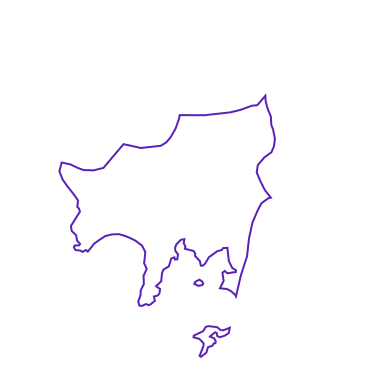 the district of Unryul, Hwanghae-namdo, North Korea, rotated 220°
{"feature_id": "82179303B17598108149664", "entity_name": "Unryul", "entity_type": "district", "adm_level": 2, "iso_a3": "PRK", "parent_name": "North Korea", "parent_adm1": "Hwanghae-namdo", "projection": "albers", "projection_center": [125.137, 38.511], "detail": "fine", "context": "isolated", "style": "outline", "palette": "violet", "viewbox_px": 384, "rotation_deg": 220, "n_neighbors": 0, "source": "geoboundaries", "source_scale": "gbopen_adm2", "svg_char_len": 2283}
<svg xmlns="http://www.w3.org/2000/svg" viewBox="0 0 384 384"><g transform="rotate(220 192 192)"><path d="M267.3,188.8L275.1,184.7L275.2,180.5L275.3,168.1L275.3,161.9L275.3,153.6L281.3,145.3L289.2,139.1L295.0,137.0L302.9,135.0L310.8,130.8L306.9,122.6L299.1,118.4L291.3,116.3L281.5,114.3L273.7,112.2L270.4,106.9L268.0,106.7L265.2,104.9L262.9,88.1L259.1,84.8L252.9,84.4L248.8,80.9L244.4,80.3L244.1,78.7L247.5,75.6L247.0,73.8L244.0,72.6L240.0,75.3L237.3,75.8L236.0,79.4L233.5,79.4L233.6,85.3L233.8,89.2L232.1,96.0L230.1,102.5L226.1,108.0L221.1,112.6L216.1,114.9L210.5,116.8L203.8,118.4L195.8,118.8L189.4,116.2L184.9,109.8L183.1,106.8L177.3,104.0L175.2,96.6L169.7,90.5L168.1,83.8L165.0,79.7L162.8,73.6L159.3,71.1L157.0,72.8L155.2,76.6L153.5,77.1L152.7,77.3L151.5,79.2L150.5,84.8L154.0,87.5L151.8,90.5L151.6,93.0L154.0,97.1L159.0,96.8L158.2,103.8L162.8,110.6L164.0,114.2L161.9,120.1L165.1,127.6L163.5,130.6L161.6,129.3L160.0,131.0L162.7,135.3L166.7,136.1L169.0,138.2L170.3,141.6L169.8,148.3L167.5,150.9L165.3,147.3L162.1,146.2L161.0,143.9L153.0,147.8L150.0,146.9L148.3,144.9L141.7,144.2L137.9,141.3L136.4,142.4L135.9,145.4L137.1,153.0L134.6,162.8L131.9,166.8L132.1,169.1L129.0,172.0L119.4,162.8L112.4,159.7L108.0,160.3L107.0,158.9L112.6,152.5L116.2,152.5L116.8,149.7L110.6,144.2L108.7,136.2L103.0,140.1L101.2,140.5L98.7,141.1L93.0,141.0L91.2,140.3L100.9,159.4L108.5,178.1L118.2,192.6L125.9,207.1L129.7,219.6L131.6,227.9L129.6,236.1L127.9,238.3L137.4,240.3L147.2,244.5L155.0,248.6L158.9,254.9L158.8,265.2L156.7,273.5L158.6,279.7L162.5,285.9L170.3,292.2L174.2,294.2L180.1,300.5L187.9,304.6L193.8,308.8L197.7,312.9L197.7,308.8L197.8,300.5L201.7,296.4L207.7,286.0L213.7,277.8L221.6,269.5L231.5,259.1L250.9,242.9L249.3,240.5L245.4,230.2L243.5,219.8L243.6,213.6L245.6,207.4L251.5,201.2L259.4,192.9L267.3,188.8ZM86.0,83.6L85.3,82.8L84.3,81.6L80.8,71.3L79.2,71.5L77.7,78.1L80.0,83.3L77.5,87.6L78.0,89.8L76.9,91.3L77.9,92.9L81.0,94.2L85.3,92.7L85.3,93.4L84.1,99.4L82.5,99.9L80.1,97.9L77.3,98.6L74.5,103.1L73.2,107.5L75.8,112.3L79.1,106.2L81.5,104.6L85.3,104.6L85.9,104.6L93.2,99.8L94.8,97.5L94.0,92.6L98.3,83.1L97.4,81.7L91.9,84.2L86.0,83.6ZM130.0,129.6L131.8,125.2L131.2,123.1L126.8,124.2L124.3,127.3L124.6,129.1L127.0,130.0L130.0,129.6Z" fill="none" stroke="#5b21b6" stroke-width="2"/></g></svg>